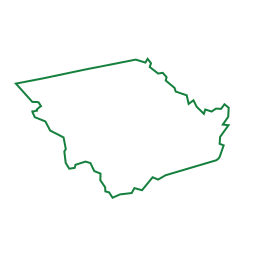 Macon, North Carolina, United States of America (Robinson projection), rotated 170°
{"feature_id": "52423323B76161354561754", "entity_name": "Macon", "entity_type": "district", "adm_level": 2, "iso_a3": "USA", "parent_name": "United States of America", "parent_adm1": "North Carolina", "projection": "robinson", "projection_center": [-83.41, 35.162], "detail": "fine", "context": "isolated", "style": "outline", "palette": "green", "viewbox_px": 256, "rotation_deg": 170, "n_neighbors": 0, "source": "geoboundaries", "source_scale": "gbopen_adm2", "svg_char_len": 1034}
<svg xmlns="http://www.w3.org/2000/svg" viewBox="0 0 256 256"><g transform="rotate(170 128 128)"><path d="M44.2,82.2L42.9,83.4L36.8,94.3L40.5,96.5L38.8,103.3L28.5,113.3L34.0,114.9L27.4,121.6L25.3,130.5L28.9,134.6L33.0,130.7L38.0,131.8L42.8,129.7L48.7,132.8L50.8,128.8L56.7,137.0L58.7,143.9L64.1,141.2L64.5,150.0L74.7,155.6L75.2,159.4L82.6,168.2L81.2,171.3L84.2,176.3L88.9,176.4L96.0,184.3L94.1,187.8L96.7,192.7L99.5,189.4L108.5,194.0L160.8,193.0L204.0,191.6L230.7,191.2L217.7,170.3L212.7,169.3L212.3,169.1L212.0,168.8L211.8,168.7L211.6,168.7L209.9,164.6L212.4,163.5L212.9,163.0L214.6,162.1L214.6,160.9L216.3,160.9L217.6,160.7L219.3,161.0L219.4,160.6L217.9,154.8L208.2,148.8L205.1,139.0L193.1,129.9L192.9,118.1L194.8,115.9L195.4,104.4L192.9,98.1L187.4,98.0L186.1,100.9L175.7,102.3L171.1,100.0L168.7,91.4L163.0,87.9L164.3,81.3L160.8,73.6L161.3,69.5L157.8,67.9L155.3,62.0L147.3,64.0L135.7,63.3L132.1,67.7L125.0,64.3L112.3,75.2L107.3,72.0L99.1,75.0L98.7,75.0L46.6,80.9L44.2,82.2Z" fill="none" stroke="#15803d" stroke-width="2"/></g></svg>